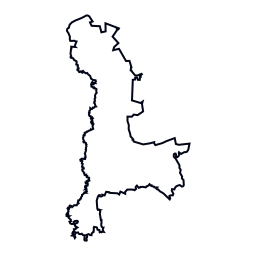 the district of Abasolo, Guanajuato, Mexico
{"feature_id": "50627088B42096071159121", "entity_name": "Abasolo", "entity_type": "district", "adm_level": 2, "iso_a3": "MEX", "parent_name": "Mexico", "parent_adm1": "Guanajuato", "projection": "orthographic", "projection_center": [-101.545, 20.537], "detail": "fine", "context": "isolated", "style": "outline", "palette": "ink", "viewbox_px": 256, "rotation_deg": 0, "n_neighbors": 0, "source": "geoboundaries", "source_scale": "gbopen_adm2", "svg_char_len": 5674}
<svg xmlns="http://www.w3.org/2000/svg" viewBox="0 0 256 256"><path d="M174.7,138.1L166.3,141.2L162.3,143.1L155.4,145.1L153.9,143.0L154.1,142.2L150.0,143.3L143.2,144.4L134.5,141.8L133.7,141.5L133.3,139.7L132.5,139.7L132.6,138.6L130.5,136.3L130.2,134.0L128.7,129.2L128.8,125.0L127.5,121.1L127.5,116.6L131.8,116.7L133.7,114.6L137.7,115.1L143.1,111.4L142.0,104.0L142.6,101.6L140.6,103.0L132.0,100.4L132.8,79.8L135.1,79.5L135.1,77.9L136.5,77.6L137.2,77.7L137.9,79.8L139.7,79.9L140.1,76.5L140.7,76.7L140.9,74.7L141.8,74.3L141.5,73.8L139.4,74.6L138.9,75.2L135.3,75.6L131.7,71.3L131.5,70.6L130.7,70.4L131.0,67.5L131.4,67.4L129.5,60.9L126.0,61.0L119.0,48.8L113.2,50.2L114.1,47.1L118.4,43.1L112.6,36.6L117.1,30.0L117.4,29.5L116.8,29.5L116.8,29.2L117.4,29.3L118.1,28.8L118.5,29.1L118.9,28.4L105.5,23.3L105.6,31.4L101.4,32.3L99.8,26.2L91.6,25.8L90.0,22.4L92.6,21.5L89.3,16.4L88.0,15.6L86.6,15.4L81.4,18.1L75.4,20.5L72.0,22.3L69.7,24.6L68.8,27.9L67.8,28.3L67.2,29.1L67.0,31.0L68.7,33.6L69.9,36.8L69.8,39.4L70.3,40.9L74.6,40.8L75.5,41.4L76.5,41.5L75.0,45.3L75.0,46.6L75.4,47.0L71.2,46.7L71.4,48.4L71.1,48.4L70.5,54.0L71.3,56.4L70.6,56.9L70.7,57.6L73.3,58.4L74.0,59.9L76.5,61.3L76.7,62.0L76.3,64.5L77.6,64.8L77.9,65.2L77.6,66.8L78.7,68.3L78.4,69.1L77.4,69.3L77.3,69.9L78.4,70.7L79.1,72.0L79.7,72.1L80.3,71.4L81.3,71.4L81.7,72.4L82.3,72.6L82.4,71.3L83.0,70.9L84.1,72.2L85.9,73.3L87.2,73.0L88.2,74.4L90.2,76.0L91.0,78.6L92.9,79.9L95.6,80.3L95.9,81.4L95.2,82.3L95.5,83.1L94.1,82.9L94.1,83.5L93.6,84.4L92.8,84.3L92.4,83.6L92.7,82.6L92.4,82.0L91.8,82.6L91.1,84.6L91.5,86.7L92.7,86.8L93.3,87.8L94.0,87.4L94.5,88.5L95.3,88.3L96.5,89.1L96.2,90.9L96.7,92.8L95.8,93.6L94.9,95.9L95.4,97.6L94.6,98.8L95.0,100.9L94.4,101.4L94.6,102.1L94.1,102.9L94.7,103.4L95.5,105.9L96.0,106.5L94.9,106.7L93.8,107.8L92.8,107.6L92.3,108.8L91.2,109.0L90.3,108.2L90.2,110.2L89.2,111.2L89.6,112.6L89.0,112.8L89.2,113.6L88.9,114.7L89.6,116.1L90.7,116.2L90.8,117.0L91.6,117.1L91.6,118.0L92.4,117.6L92.8,118.2L92.0,118.5L92.2,119.6L91.7,119.0L91.2,119.0L91.7,120.0L91.7,121.0L91.0,122.0L91.7,123.7L92.5,123.6L92.7,123.0L93.5,123.9L92.5,126.2L93.2,128.9L91.3,129.8L90.8,129.3L89.9,130.5L89.0,130.6L87.7,131.5L87.1,131.4L86.6,132.3L85.3,132.4L84.6,133.0L84.9,133.5L84.7,135.2L83.7,135.0L83.4,135.5L83.5,137.0L83.0,137.8L83.1,139.0L84.2,141.3L83.4,141.9L83.7,142.4L85.0,142.4L86.0,143.1L85.9,144.1L86.5,144.5L86.2,145.2L86.5,146.3L85.8,147.9L86.1,149.0L85.7,149.5L86.0,150.5L84.8,153.7L85.3,154.7L85.6,157.2L85.0,157.4L85.3,158.0L85.1,159.0L81.7,158.7L80.3,159.8L80.6,160.8L81.5,160.5L82.3,160.9L81.8,163.3L82.7,163.9L82.0,166.8L83.5,167.5L83.8,168.6L82.2,169.3L82.5,170.9L83.4,171.6L83.9,172.9L84.4,173.2L84.2,173.9L84.7,175.0L85.2,175.2L86.2,174.8L86.2,175.7L87.2,176.0L86.9,177.2L89.0,177.7L88.8,178.4L89.1,178.9L88.5,179.6L89.0,180.1L88.3,180.6L88.8,180.9L87.3,181.7L86.5,181.2L86.3,181.7L87.0,182.5L85.6,182.5L85.8,183.3L86.7,183.1L87.8,184.5L87.6,185.5L86.4,185.7L86.3,186.5L85.4,186.0L85.1,186.2L85.1,187.1L85.9,187.2L85.5,187.8L85.9,188.4L85.3,189.1L86.2,188.9L86.6,189.2L86.2,190.3L86.8,191.2L85.2,192.0L86.2,192.8L84.0,193.0L83.3,194.1L82.0,194.9L82.0,196.2L81.1,197.3L80.9,198.7L80.2,198.9L79.5,200.2L78.2,200.4L78.2,201.8L77.8,202.2L78.6,203.3L77.0,204.5L76.7,205.3L74.2,205.2L72.1,207.1L71.3,206.0L70.0,205.5L69.7,205.6L69.6,206.8L69.9,207.5L69.6,207.8L68.7,207.3L68.1,207.5L67.7,208.3L68.4,208.4L68.2,209.3L68.7,209.5L68.2,210.8L68.5,211.4L67.1,213.4L68.2,213.3L68.3,214.5L67.0,214.5L66.5,215.2L66.6,216.0L67.4,216.1L67.8,216.5L69.0,216.4L68.6,216.7L68.6,217.7L70.8,219.7L70.6,220.3L71.0,221.1L69.5,221.7L70.3,223.4L71.7,224.0L74.0,223.9L74.3,223.5L73.6,222.0L74.6,221.1L76.9,220.8L77.5,220.9L77.9,221.7L77.4,222.8L75.9,223.3L75.3,224.0L74.6,224.2L75.0,225.9L77.4,227.5L75.7,228.3L75.6,229.0L73.9,229.2L74.2,230.4L74.0,231.1L74.8,231.9L73.2,232.7L72.8,232.3L72.4,233.2L73.2,234.2L72.0,235.5L74.3,235.7L74.4,237.4L74.8,238.1L75.4,237.1L74.8,236.2L74.6,235.2L75.9,232.8L78.0,232.4L78.9,233.9L80.3,234.2L81.8,233.7L83.0,235.1L84.7,235.3L84.3,239.8L85.0,240.6L86.3,240.6L86.7,240.5L86.5,238.5L87.2,236.6L86.4,235.0L88.5,234.1L90.2,235.1L91.5,235.2L91.7,233.4L93.7,231.8L93.4,231.2L93.8,230.5L93.8,227.6L94.0,226.9L96.6,227.3L97.0,227.7L97.5,229.7L99.3,230.0L99.7,232.2L100.5,231.8L101.5,232.3L102.5,231.7L103.8,231.9L102.7,230.2L103.4,227.7L102.9,227.8L101.8,226.9L101.4,226.0L101.2,223.9L101.5,223.4L101.5,220.1L100.9,220.2L99.8,213.4L100.3,211.9L99.6,210.1L100.1,209.9L98.5,209.4L98.4,209.8L97.9,209.9L97.3,208.6L96.7,200.8L97.8,196.9L98.8,195.2L99.6,195.2L98.9,196.2L101.1,196.5L102.4,196.0L102.4,194.7L104.6,195.4L106.2,191.8L109.2,192.2L109.2,192.7L109.9,192.9L117.4,193.3L119.2,194.5L120.4,191.6L125.2,193.7L125.1,192.0L127.2,189.6L131.8,189.5L133.4,189.9L133.8,189.7L134.7,190.2L136.1,188.9L135.6,187.5L135.9,186.6L136.9,185.6L138.7,187.8L139.7,187.3L139.7,187.6L140.5,187.4L140.4,187.7L140.6,187.1L142.8,186.8L145.7,187.4L146.2,187.1L146.3,186.5L148.3,185.7L149.5,184.2L150.6,185.5L151.6,185.3L151.8,186.1L154.2,186.7L154.4,187.4L157.0,187.5L156.4,188.1L156.4,188.7L157.5,189.5L158.1,189.4L159.9,191.3L163.3,193.3L169.7,199.4L170.2,198.5L169.4,196.0L170.6,195.3L172.7,195.4L173.4,193.8L171.8,190.8L172.0,189.2L174.4,189.4L174.9,188.0L176.2,186.4L178.3,185.4L179.9,185.1L181.9,186.6L183.1,186.2L183.8,185.1L183.5,180.0L181.9,178.4L182.1,176.5L180.0,172.8L180.7,169.9L179.4,167.8L179.5,165.4L175.5,158.4L174.5,157.6L173.8,156.6L173.8,154.4L174.6,153.6L175.6,153.6L176.0,154.4L176.1,156.4L177.2,157.2L178.3,156.4L179.2,154.7L178.8,153.1L179.0,152.3L181.1,153.9L184.2,152.2L185.9,152.1L187.0,151.7L188.3,149.6L189.5,143.6L178.8,144.8L175.9,144.0L174.7,138.1Z" fill="none" stroke="#020617" stroke-width="2"/></svg>